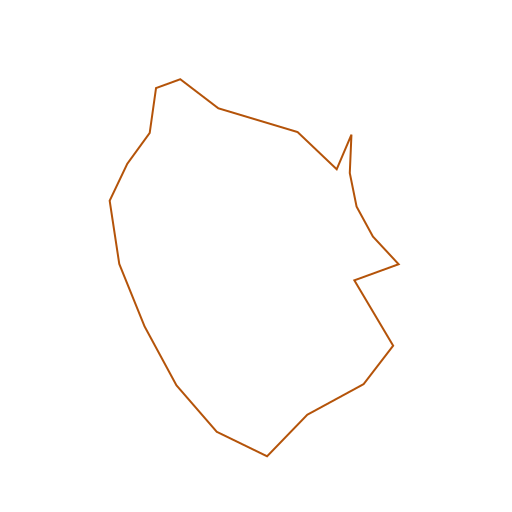 map outline of Brava (Robinson projection), rotated 160°
{"feature_id": "CPV-5041", "entity_name": "Brava", "entity_type": "state/province", "adm_level": 1, "iso_a3": "CPV", "parent_name": "Cabo Verde", "parent_adm1": "", "projection": "robinson", "projection_center": [-24.723, 14.852], "detail": "fine", "context": "isolated", "style": "outline", "palette": "amber", "viewbox_px": 512, "rotation_deg": 160, "n_neighbors": 0, "source": "natural_earth", "source_scale": "10m", "svg_char_len": 438}
<svg xmlns="http://www.w3.org/2000/svg" viewBox="0 0 512 512"><g transform="rotate(160 256 256)"><path d="M314.1,64.0L353.0,104.2L375.0,161.7L384.8,228.0L387.2,295.3L374.6,358.0L345.4,386.7L313.8,408.0L292.5,448.0L266.7,448.0L240.9,407.7L174.5,358.2L150.5,309.9L124.8,337.4L139.5,301.9L144.6,268.0L139.5,234.3L124.8,199.5L171.9,199.5L157.8,124.8L198.7,98.8L262.1,89.3L314.1,64.0Z" fill="none" stroke="#b45309" stroke-width="2"/></g></svg>